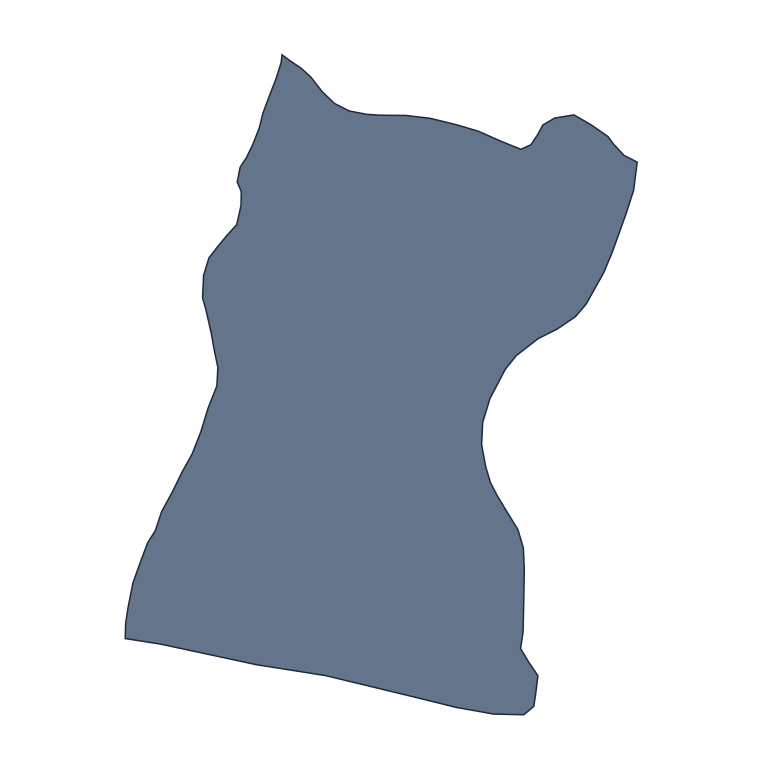 Lombo-Bouenguidi, Ogooué-Lolo, Gabon (Albers equal-area conic projection), rotated 191°
{"feature_id": "22940354B47016566751071", "entity_name": "Lombo-Bouenguidi", "entity_type": "district", "adm_level": 2, "iso_a3": "GAB", "parent_name": "Gabon", "parent_adm1": "Ogooué-Lolo", "projection": "albers", "projection_center": [12.662, -1.615], "detail": "fine", "context": "isolated", "style": "filled", "palette": "slate", "viewbox_px": 768, "rotation_deg": 191, "n_neighbors": 0, "source": "geoboundaries", "source_scale": "gbopen_adm2", "svg_char_len": 1324}
<svg xmlns="http://www.w3.org/2000/svg" viewBox="0 0 768 768"><g transform="rotate(191 384 384)"><path d="M589.4,84.7L554.0,86.0L455.4,84.1L385.9,86.6L301.2,82.8L251.3,80.3L213.4,80.9L183.7,86.0L175.4,96.1L176.1,110.6L177.3,127.1L188.7,138.4L199.5,150.4L200.1,166.9L205.2,196.5L210.9,228.8L215.9,249.6L224.8,266.7L239.9,283.1L251.9,296.4L260.8,307.7L268.4,322.3L276.6,343.1L279.8,365.2L277.2,389.8L267.8,421.4L259.5,437.2L241.2,458.1L224.8,470.7L209.0,486.5L200.8,501.0L189.4,535.8L185.0,557.3L178.9,597.0L175.9,621.7L177.4,644.4L177.8,650.1L191.8,654.1L204.4,663.2L211.3,669.6L229.6,677.7L248.8,684.4L267.1,677.7L277.5,668.6L280.7,658.2L285.4,646.9L294.5,640.5L316.9,644.9L339.4,650.1L362.1,652.3L389.2,653.6L413.7,651.8L439.3,647.1L452.7,645.4L470.4,645.4L486.0,649.9L500.3,659.0L514.3,671.3L525.7,678.2L538.0,683.4L546.9,687.7L546.3,679.8L548.2,663.4L552.0,641.9L554.6,626.1L555.2,612.2L558.4,594.5L562.2,580.0L566.6,569.3L566.6,554.1L560.9,545.9L558.4,532.0L559.0,512.4L566.6,499.8L573.5,487.1L576.2,481.7L579.9,474.5L581.8,456.2L578.6,434.1L572.9,422.7L563.4,401.2L557.8,386.7L550.2,368.4L547.7,350.1L552.1,326.7L554.6,302.7L559.0,278.7L565.4,259.1L571.0,238.2L578.0,216.1L580.5,196.5L585.6,183.3L588.8,165.0L592.5,140.9L592.6,116.3L591.9,99.3L589.4,84.7Z" fill="#64748b" stroke="#1e293b" stroke-width="1.5"/></g></svg>